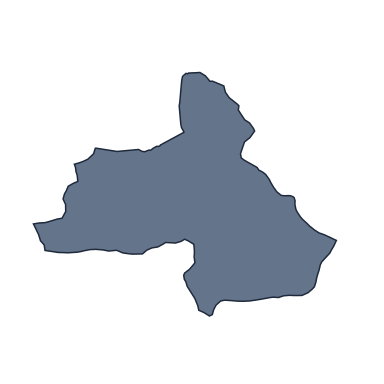 the district of Jabal Eyal Yazid, Amran, Yemen, rotated 280°
{"feature_id": "15242507B22949154068881", "entity_name": "Jabal Eyal Yazid", "entity_type": "district", "adm_level": 2, "iso_a3": "YEM", "parent_name": "Yemen", "parent_adm1": "Amran", "projection": "robinson", "projection_center": [43.88, 15.77], "detail": "fine", "context": "isolated", "style": "filled", "palette": "slate", "viewbox_px": 384, "rotation_deg": 280, "n_neighbors": 0, "source": "geoboundaries", "source_scale": "gbopen_adm2", "svg_char_len": 2543}
<svg xmlns="http://www.w3.org/2000/svg" viewBox="0 0 384 384"><g transform="rotate(280 192 192)"><path d="M198.9,71.3L196.2,72.9L191.2,74.5L190.7,74.9L189.4,75.6L188.7,75.9L188.3,76.1L182.6,77.7L179.6,73.2L176.2,69.1L171.0,67.9L168.2,66.8L162.8,66.2L157.7,69.7L154.5,70.3L150.9,71.0L143.6,68.6L142.0,64.1L139.0,58.2L137.6,55.4L136.3,52.6L134.9,46.7L133.0,41.4L128.9,44.4L123.6,48.2L123.1,48.5L119.0,50.6L117.7,51.2L114.2,55.6L108.9,57.4L109.1,64.6L109.2,70.6L110.1,76.7L110.5,80.0L111.9,85.8L112.7,89.1L114.0,92.8L115.3,95.7L117.5,101.4L118.8,107.0L119.5,114.3L119.4,120.3L121.5,127.8L120.0,134.6L120.2,140.5L120.5,144.2L121.6,149.8L122.5,154.1L126.8,157.5L128.5,160.0L130.0,162.3L132.0,168.0L135.5,172.4L137.6,174.7L137.7,174.8L138.9,184.7L141.6,190.0L144.2,192.9L143.2,196.9L142.0,199.9L140.8,202.9L135.2,204.4L132.1,205.0L128.6,205.3L122.8,207.2L119.6,205.4L118.2,204.6L115.4,202.9L110.9,198.8L108.5,198.3L104.7,199.6L102.4,201.6L98.2,203.7L87.5,213.4L80.9,217.5L76.7,219.2L75.4,224.6L74.2,227.6L72.9,230.7L74.8,233.3L79.9,233.8L84.7,235.3L89.6,239.1L91.1,242.8L91.8,248.7L92.4,255.5L92.9,258.7L93.4,261.9L94.7,267.6L96.4,272.9L98.3,278.3L100.4,284.0L101.5,286.9L102.5,290.0L103.1,295.5L105.7,300.3L107.2,306.0L107.6,309.2L108.1,312.4L109.0,317.1L109.2,318.2L113.0,323.8L117.4,327.4L119.9,329.0L125.0,329.7L128.2,329.7L131.3,329.9L134.2,330.3L137.1,330.7L142.6,331.0L145.7,331.9L150.3,334.8L155.7,338.3L158.6,339.2L163.4,341.0L169.4,342.6L169.8,341.0L172.8,330.1L173.8,324.1L175.9,319.1L177.5,316.3L178.9,313.6L181.0,310.7L184.2,305.7L186.2,303.2L190.3,299.3L192.8,297.4L194.8,296.6L197.7,295.5L201.4,295.0L204.1,293.6L204.9,292.3L205.4,289.9L205.2,287.6L204.3,283.6L204.2,280.3L207.0,275.4L211.0,271.3L215.3,267.7L217.7,266.0L222.1,261.5L223.6,258.7L224.7,255.7L225.0,254.2L227.5,251.8L232.3,238.2L234.1,234.6L238.1,233.1L250.4,235.0L254.7,238.8L255.2,239.4L258.9,241.2L262.9,243.1L265.4,241.4L266.1,240.6L269.9,236.8L272.3,231.3L280.7,223.4L285.1,223.2L286.8,220.7L287.1,220.0L291.3,212.3L296.0,207.6L302.0,204.9L304.7,192.9L304.1,190.2L304.9,189.6L308.8,184.9L311.1,179.0L310.5,176.7L308.5,167.8L307.7,167.4L307.8,165.5L304.6,162.9L303.7,162.6L300.3,162.5L289.2,163.4L278.3,164.4L274.6,164.4L274.0,164.6L257.9,168.9L257.4,169.0L253.6,170.5L251.0,172.6L249.4,173.7L232.8,152.7L232.3,152.7L231.1,151.3L230.9,149.3L228.1,145.9L225.9,144.1L225.9,142.5L223.5,138.5L223.3,135.8L224.6,132.0L218.9,111.1L218.5,89.8L218.3,89.2L212.5,88.4L206.2,83.7L203.2,79.5L201.0,75.6L198.9,71.3Z" fill="#64748b" stroke="#1e293b" stroke-width="1.5"/></g></svg>